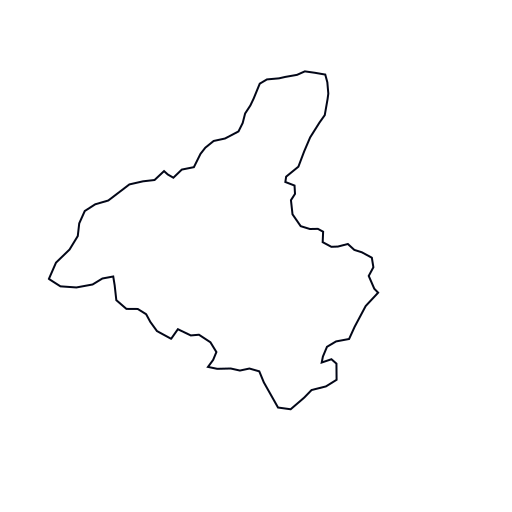 the district of Värnamo, Jönköping, Sweden, rotated 229°
{"feature_id": "70781695B84556885124155", "entity_name": "Värnamo", "entity_type": "district", "adm_level": 2, "iso_a3": "SWE", "parent_name": "Sweden", "parent_adm1": "Jönköping", "projection": "orthographic", "projection_center": [14.133, 57.154], "detail": "fine", "context": "isolated", "style": "outline", "palette": "ink", "viewbox_px": 512, "rotation_deg": 229, "n_neighbors": 0, "source": "geoboundaries", "source_scale": "gbopen_adm2", "svg_char_len": 1493}
<svg xmlns="http://www.w3.org/2000/svg" viewBox="0 0 512 512"><g transform="rotate(229 256 256)"><path d="M347.6,427.2L355.7,420.6L363.3,414.0L365.8,405.8L372.0,395.5L375.0,389.9L382.1,380.1L383.6,371.9L376.4,357.6L373.3,350.5L370.7,341.3L365.1,333.2L361.5,324.5L365.0,309.7L370.6,299.5L371.0,288.8L369.5,281.1L363.8,267.4L369.9,256.7L369.3,245.0L375.4,242.9L380.4,242.3L379.9,229.3L386.5,219.7L393.1,207.4L394.0,193.2L394.8,180.9L400.5,168.6L402.3,156.3L396.6,144.0L388.0,134.6L383.2,119.5L382.2,100.7L374.6,84.7L374.4,84.7L370.2,85.9L361.4,88.5L350.1,99.8L341.7,114.0L339.8,125.3L334.2,134.8L326.6,130.1L314.3,121.6L301.1,123.5L293.6,132.0L284.1,134.9L275.6,133.0L264.3,132.0L249.3,137.6L249.2,137.7L252.0,149.0L238.8,154.7L234.0,161.3L220.8,165.0L209.5,163.1L205.7,155.5L203.8,147.0L196.3,152.7L187.7,163.1L180.1,168.7L175.4,177.2L166.8,182.8L155.5,179.0L141.3,176.1L129.6,173.7L127.2,173.2L117.6,181.6L117.5,199.6L118.4,210.0L111.7,223.2L109.7,235.6L122.0,246.1L128.6,245.2L132.5,235.7L136.2,240.5L140.9,250.0L139.0,260.4L132.3,271.8L137.9,284.1L146.3,306.0L148.2,324.1L153.7,323.8L167.0,328.0L170.5,337.2L178.7,342.3L189.4,338.3L196.1,334.2L204.8,333.2L209.4,324.0L213.5,318.9L222.7,315.4L230.3,322.6L235.9,320.5L241.0,314.4L249.2,309.3L263.5,310.9L275.2,319.0L277.3,326.2L283.9,331.3L292.6,326.7L296.1,330.8L295.6,346.6L303.3,360.9L310.0,374.7L315.1,391.6L317.2,400.3L327.5,413.0L331.1,417.1L340.3,423.8L347.5,427.3L347.6,427.2Z" fill="none" stroke="#020617" stroke-width="2"/></g></svg>